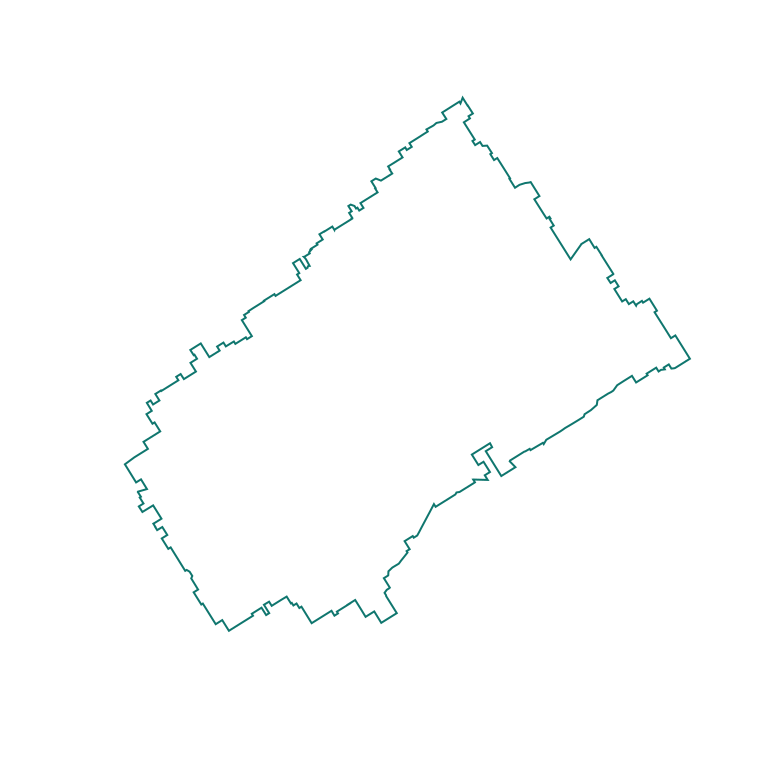 the district of Narrogin, Western Australia, Australia, rotated 148°
{"feature_id": "25037944B27145137337674", "entity_name": "Narrogin", "entity_type": "district", "adm_level": 2, "iso_a3": "AUS", "parent_name": "Australia", "parent_adm1": "Western Australia", "projection": "albers", "projection_center": [117.255, -32.997], "detail": "fine", "context": "isolated", "style": "outline", "palette": "teal", "viewbox_px": 768, "rotation_deg": 148, "n_neighbors": 0, "source": "geoboundaries", "source_scale": "gbopen_adm2", "svg_char_len": 4966}
<svg xmlns="http://www.w3.org/2000/svg" viewBox="0 0 768 768"><g transform="rotate(148 384 384)"><path d="M111.2,243.3L111.2,247.4L111.2,262.7L111.2,270.8L116.4,270.8L116.4,278.9L116.4,282.2L116.5,301.5L113.7,301.5L113.7,311.0L113.7,313.3L113.7,315.7L121.2,315.7L121.2,317.8L127.4,317.7L128.7,316.8L128.8,322.0L134.0,322.0L134.0,327.8L138.3,327.8L138.3,342.5L133.3,342.5L133.3,349.6L138.3,349.6L138.4,355.6L131.3,355.6L131.2,355.7L131.3,377.8L131.1,377.8L131.2,387.8L133.3,387.8L133.2,398.1L142.6,398.1L142.8,397.9L151.4,394.3L159.7,390.8L159.8,428.4L156.1,428.4L156.1,436.1L155.1,436.1L155.1,438.2L158.4,438.2L158.5,443.9L158.6,461.0L152.6,461.0L152.6,477.5L154.1,477.9L157.8,479.6L163.5,481.1L168.9,481.0L168.9,491.6L168.1,491.6L168.1,500.4L168.2,515.6L172.0,515.6L172.0,522.6L170.1,522.6L170.2,531.3L170.2,531.5L174.3,533.7L174.3,538.3L180.1,538.3L180.2,543.2L177.5,543.2L177.6,563.6L170.4,563.7L170.4,566.3L165.3,566.3L165.4,575.8L165.6,575.8L165.6,585.1L170.5,581.4L170.5,583.5L190.8,583.4L190.8,583.2L190.7,575.7L193.5,575.7L195.9,575.7L201.2,577.6L205.0,577.0L213.1,577.4L213.1,574.9L217.0,574.9L226.8,574.8L228.3,574.8L234.8,574.8L234.8,570.6L234.8,570.4L235.0,570.4L240.7,570.4L240.6,573.4L248.2,573.4L248.2,573.2L248.2,569.8L248.2,569.6L248.2,566.3L265.2,566.3L265.2,562.8L265.6,562.8L265.5,558.1L278.8,558.1L282.1,562.6L287.3,562.6L287.3,554.6L287.9,554.6L287.9,549.9L300.6,549.9L308.1,549.9L308.1,544.2L312.2,544.2L313.1,544.2L313.1,547.6L314.7,547.6L314.7,550.6L317.2,553.8L319.9,553.8L319.9,547.6L322.9,547.6L322.9,541.6L323.6,541.6L323.6,541.1L344.2,541.1L344.4,540.9L344.4,544.9L353.8,544.9L353.8,545.1L359.4,545.2L359.4,539.0L366.6,539.0L366.6,537.4L367.0,537.4L372.0,537.4L374.5,537.4L375.2,537.0L374.5,536.4L377.7,535.4L377.8,534.1L383.8,534.1L384.0,534.0L384.6,534.3L384.4,533.3L384.2,532.4L384.1,531.4L384.1,530.6L384.5,523.6L385.7,524.2L386.9,523.6L387.2,523.1L389.2,523.1L389.2,534.7L397.1,534.7L397.1,522.9L399.7,522.9L399.7,516.2L418.6,516.2L429.3,516.2L429.3,518.3L441.7,518.3L441.7,517.7L454.6,517.7L460.3,517.6L460.4,516.7L466.1,516.7L466.1,513.5L470.7,513.5L470.7,504.3L470.7,494.6L476.4,494.6L476.4,496.8L488.8,496.8L488.8,499.6L498.2,499.7L498.2,504.2L505.7,504.2L505.7,499.4L517.9,499.4L517.9,513.8L517.9,515.5L530.2,515.5L530.2,514.9L530.1,509.3L529.2,509.3L529.2,504.5L536.9,504.5L536.9,494.2L551.1,494.2L551.2,500.2L556.4,500.2L556.4,496.1L576.6,496.1L576.6,496.7L583.2,496.7L583.2,489.0L587.0,489.0L590.7,489.0L590.7,493.7L590.8,493.7L595.1,493.7L595.2,484.3L601.4,484.3L601.4,473.0L598.9,473.0L598.9,472.8L598.9,462.4L618.6,462.4L618.6,454.1L634.6,454.1L646.3,453.2L646.3,448.2L646.4,431.9L640.6,431.9L640.7,420.5L649.7,423.1L650.0,422.9L649.9,417.2L651.3,417.2L651.3,410.1L656.8,410.1L656.7,404.4L656.7,403.5L644.1,403.4L644.1,400.4L644.1,397.9L644.1,395.3L644.1,389.9L644.1,387.7L651.6,387.7L653.6,387.8L653.6,383.9L653.8,383.9L653.8,380.3L647.8,380.2L647.8,370.8L650.9,370.8L654.3,370.8L654.3,358.5L651.5,358.5L651.6,330.9L649.9,330.9L649.3,329.8L648.3,327.8L648.3,322.8L649.9,321.7L650.2,321.5L650.5,321.3L650.6,308.2L655.8,308.2L655.8,293.8L654.0,293.8L654.0,282.4L654.0,282.2L654.0,269.5L646.3,269.5L646.3,256.9L631.3,256.9L618.1,256.9L617.9,256.9L617.9,259.2L606.4,259.2L606.4,250.5L602.8,250.5L602.8,260.4L596.8,260.3L596.8,255.4L592.5,255.4L585.3,255.4L579.2,255.3L579.2,247.2L578.2,247.2L578.2,244.2L574.5,244.2L574.5,238.9L572.0,238.9L572.1,219.5L562.8,219.5L548.9,219.5L548.7,219.5L548.8,213.8L544.6,213.8L544.6,215.9L540.8,215.9L533.3,215.9L530.4,215.9L530.6,216.1L522.9,216.1L522.9,204.8L523.0,196.3L512.8,196.3L512.8,196.1L512.9,182.9L506.1,182.9L494.6,182.9L494.6,188.2L494.6,190.7L494.6,196.2L494.6,201.1L494.6,202.9L494.5,203.0L494.2,203.8L494.2,206.6L490.7,208.0L488.1,208.0L487.0,208.2L487.0,219.4L482.2,219.4L481.8,219.5L479.5,222.8L474.3,223.9L472.9,223.9L467.6,223.8L466.6,223.8L465.8,224.1L463.3,225.1L453.4,228.6L453.4,230.3L449.8,230.3L449.8,239.8L440.2,239.8L440.2,237.9L436.1,237.9L432.7,239.8L428.3,242.4L416.5,249.2L413.7,250.8L405.3,255.7L405.3,252.5L396.0,252.5L386.7,252.5L382.0,252.5L380.0,253.6L377.2,252.4L359.0,252.4L359.0,255.7L358.8,255.6L346.9,247.7L346.9,253.2L340.8,253.2L340.8,265.3L346.9,265.3L346.9,277.6L343.9,277.6L325.5,277.6L325.8,273.1L333.3,273.1L333.3,253.2L333.3,251.9L333.3,243.8L316.6,243.8L318.3,251.6L318.6,252.5L318.4,252.3L311.8,252.3L308.6,252.3L308.3,252.3L308.0,252.3L300.8,252.3L299.9,252.0L294.8,251.8L294.8,250.3L280.4,249.9L280.4,248.4L276.5,250.4L276.0,250.7L275.8,250.7L259.9,250.4L256.9,250.5L253.8,250.7L246.3,250.5L238.8,250.4L231.9,250.4L229.9,252.1L222.4,252.2L214.6,253.5L211.6,257.1L205.4,257.1L199.1,257.1L195.6,256.8L193.0,256.9L186.9,259.4L179.0,259.5L169.6,259.5L169.4,259.5L169.4,251.7L155.8,251.7L155.8,253.6L144.5,253.6L144.5,249.1L141.6,249.2L138.1,247.6L138.0,249.7L132.1,249.7L132.1,244.8L130.5,244.0L129.4,243.5L128.5,243.3L126.4,243.3L116.3,243.3L115.7,243.4L115.4,243.3L111.2,243.3Z" fill="none" stroke="#0f766e" stroke-width="2"/></g></svg>